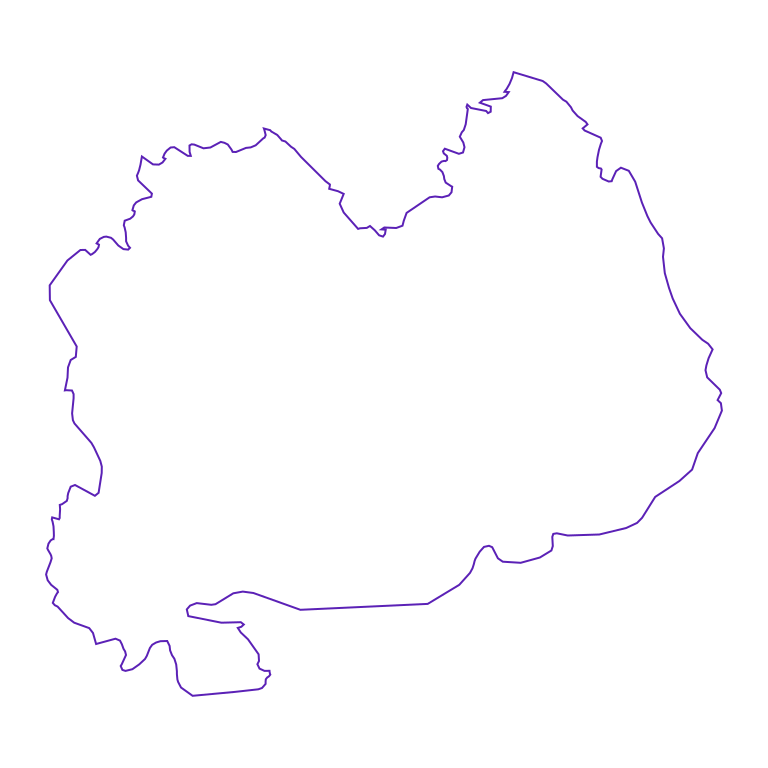 an SVG outline of Southern Savonia
{"feature_id": "FIN-3189", "entity_name": "Southern Savonia", "entity_type": "Province", "adm_level": 1, "iso_a3": "FIN", "parent_name": "Finland", "parent_adm1": "", "projection": "orthographic", "projection_center": [27.591, 61.902], "detail": "fine", "context": "isolated", "style": "outline", "palette": "violet", "viewbox_px": 768, "rotation_deg": 0, "n_neighbors": 0, "source": "natural_earth", "source_scale": "10m", "svg_char_len": 4611}
<svg xmlns="http://www.w3.org/2000/svg" viewBox="0 0 768 768"><path d="M488.0,113.1L490.7,111.7L490.8,106.6L479.9,102.7L483.0,100.1L502.3,98.2L506.0,95.9L508.7,92.1L504.5,91.8L505.3,90.6L506.6,89.0L509.5,84.0L512.0,78.0L513.6,72.2L542.7,81.0L546.1,83.4L563.0,99.7L566.4,101.7L571.0,107.3L572.6,110.5L577.6,116.1L585.8,122.0L587.5,124.4L582.7,128.4L584.6,130.5L600.7,137.7L602.0,141.0L600.9,143.7L599.0,149.8L597.5,157.2L596.9,161.6L596.9,166.8L597.5,167.3L598.7,168.1L600.9,168.5L601.6,169.5L600.7,175.9L600.6,176.8L602.5,178.8L608.7,181.5L611.7,181.2L612.3,179.4L616.1,171.1L620.9,167.7L628.8,170.8L635.2,181.7L641.9,202.5L647.4,216.1L650.6,222.5L658.1,233.9L662.1,238.3L663.9,248.4L663.0,256.8L664.8,273.1L669.0,287.9L672.7,298.5L679.9,313.8L690.3,328.2L702.3,339.8L708.1,343.7L712.6,349.4L708.6,358.2L706.4,365.4L705.5,370.2L707.2,377.4L719.8,389.7L721.2,393.1L717.6,400.1L720.9,403.2L721.9,410.6L714.6,428.1L697.8,453.1L692.1,469.6L679.4,481.0L655.2,496.9L642.1,517.8L637.1,522.9L626.2,528.0L599.3,534.5L567.7,535.5L556.8,533.3L553.3,533.9L552.3,536.9L552.8,546.1L551.4,550.5L539.9,557.5L520.7,562.8L502.8,561.7L497.9,558.3L492.2,547.2L489.0,545.8L484.0,546.9L479.7,551.7L475.5,558.6L474.6,561.0L473.8,564.3L472.5,568.3L470.0,572.9L459.3,584.8L427.7,603.9L300.4,609.8L253.4,593.0L242.8,591.6L233.3,593.3L215.5,604.2L211.3,604.8L196.7,603.1L190.1,605.6L186.8,609.4L188.3,616.1L221.4,622.7L240.8,622.2L243.8,624.5L241.3,626.8L237.8,627.9L240.8,632.5L248.0,639.3L258.6,654.3L259.0,661.0L257.4,664.2L259.5,668.6L264.5,670.9L269.5,670.8L269.6,672.0L270.0,673.9L270.3,674.6L268.9,676.4L267.2,677.5L265.8,679.3L265.6,681.7L265.6,683.9L262.0,688.0L258.3,689.3L234.9,691.9L192.6,695.8L181.0,687.5L178.1,681.9L177.4,679.5L176.9,674.1L176.9,671.3L176.2,664.5L174.4,658.8L172.0,655.2L170.1,650.4L169.6,645.9L167.2,641.0L160.4,641.2L156.1,642.5L152.2,644.8L149.9,648.0L146.8,655.9L145.0,659.0L139.2,664.4L132.4,669.2L125.5,670.9L122.4,669.9L120.7,666.0L121.7,664.4L126.0,655.0L125.1,651.4L123.5,648.8L121.9,644.3L120.0,640.6L115.5,638.7L96.1,644.0L93.0,633.0L89.2,628.1L74.2,622.7L68.1,618.1L57.6,606.6L54.8,605.2L52.8,602.9L55.1,596.8L56.9,593.5L58.0,592.1L57.3,589.8L51.2,584.9L47.7,580.3L46.1,574.5L46.8,571.8L50.5,562.2L51.7,558.3L51.2,555.8L50.5,554.2L48.0,549.9L47.3,548.4L48.5,543.6L50.7,540.4L52.9,539.0L53.5,539.1L53.9,535.8L53.8,531.9L53.5,526.3L52.6,521.8L51.8,519.3L52.2,517.4L59.0,519.3L59.7,518.0L59.7,516.0L60.1,509.3L59.8,504.9L62.0,504.2L66.8,500.9L67.6,498.2L67.6,496.1L68.2,493.1L70.7,486.7L75.0,485.0L94.9,495.8L98.6,492.8L101.7,473.0L101.8,466.6L100.3,460.9L94.0,447.4L91.4,442.9L74.5,423.5L72.9,420.2L72.1,413.4L73.6,398.2L73.6,394.1L72.0,390.5L66.1,390.2L64.9,390.4L67.5,377.7L68.0,367.4L70.7,360.0L75.8,356.9L76.7,346.5L49.9,300.2L49.7,285.3L67.4,260.5L80.4,250.0L85.2,249.9L90.6,254.8L92.1,254.1L94.9,252.0L97.4,249.0L98.5,247.2L99.0,244.7L98.5,244.3L97.5,243.9L96.6,243.4L99.8,238.9L103.8,236.9L106.3,236.6L111.0,237.8L113.1,239.5L118.3,245.5L123.4,249.1L128.2,249.6L130.0,247.8L128.1,245.7L126.1,241.3L126.1,238.0L125.7,232.3L124.6,227.4L123.8,225.3L124.7,220.7L130.2,218.7L133.0,216.4L134.3,214.4L134.8,211.4L134.3,211.1L132.9,210.6L132.4,210.2L133.8,205.4L136.2,202.4L142.0,199.2L151.3,196.8L151.9,193.6L138.1,180.4L136.9,175.7L138.1,172.9L139.1,170.2L140.5,164.6L141.9,156.5L153.0,164.4L158.9,164.6L162.5,162.5L165.4,158.8L163.5,157.9L163.0,157.5L164.6,153.6L166.8,150.6L170.6,147.5L174.3,147.2L187.8,155.9L190.8,155.9L189.6,151.9L189.5,145.5L191.6,144.3L194.3,144.6L203.5,148.3L210.4,147.5L220.8,141.9L224.4,142.8L227.8,144.5L231.5,149.6L232.6,151.9L236.0,152.0L246.0,147.9L250.7,147.4L255.7,145.3L263.2,138.4L264.6,137.6L265.7,135.1L264.3,129.6L263.9,128.5L270.2,130.2L271.3,131.5L277.3,135.0L281.4,139.7L281.8,140.4L285.4,141.5L291.1,146.8L294.3,148.9L301.0,156.9L325.5,181.2L329.9,184.5L329.8,185.9L329.3,188.2L329.2,188.8L338.0,191.2L343.7,193.9L339.7,203.7L343.7,212.5L358.1,228.9L359.9,228.3L366.8,227.9L370.0,226.0L374.8,230.3L379.1,235.3L383.0,236.6L385.0,234.0L385.7,229.7L381.5,229.4L384.3,227.5L396.2,228.0L402.5,225.7L403.8,220.7L406.6,212.9L429.6,197.3L435.1,196.5L442.1,197.3L448.8,195.5L451.5,192.3L452.2,186.7L451.2,186.2L445.7,182.6L444.3,179.1L443.9,176.1L442.4,172.1L440.0,169.6L438.4,168.8L437.8,165.9L439.0,164.0L441.5,161.6L444.1,160.9L445.5,161.1L447.0,160.0L447.3,157.7L446.8,155.8L443.8,153.4L443.0,151.2L444.8,148.7L458.9,153.8L463.0,152.5L464.5,147.2L463.3,142.5L459.8,136.7L461.8,132.3L463.8,130.0L465.7,124.3L467.8,109.1L467.5,108.5L467.0,108.2L466.5,106.9L467.3,104.6L471.0,108.0L486.2,111.0L488.0,113.1Z" fill="none" stroke="#5b21b6" stroke-width="2"/></svg>